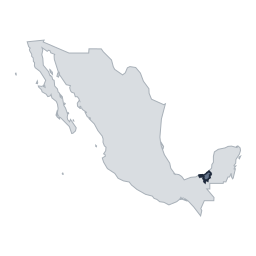 location of Carmen, Campeche, Mexico
{"feature_id": "50627088B86783514296689", "entity_name": "Carmen", "entity_type": "district", "adm_level": 2, "iso_a3": "MEX", "parent_name": "Mexico", "parent_adm1": "Campeche", "projection": "equal_earth", "projection_center": [-91.727, 18.453], "detail": "fine", "context": "in_parent", "style": "filled", "palette": "slate", "viewbox_px": 256, "rotation_deg": 0, "n_neighbors": 0, "source": "geoboundaries", "source_scale": "gbopen_adm2", "svg_char_len": 6086}
<svg xmlns="http://www.w3.org/2000/svg" viewBox="0 0 256 256"><path d="M27.2,41.8L44.1,40.1L43.2,42.0L68.9,53.0L88.7,53.0L89.0,48.8L101.3,48.9L103.3,51.8L111.5,60.0L113.3,66.8L114.7,69.4L122.6,74.9L125.3,72.8L127.4,67.8L129.9,66.6L135.7,67.5L140.4,73.1L143.4,81.2L148.9,88.7L149.1,93.3L151.5,99.2L163.8,104.7L165.4,103.8L161.4,119.0L159.9,137.2L160.4,141.2L163.6,146.5L162.9,149.3L163.1,146.5L160.5,142.0L161.3,146.1L164.4,154.8L169.7,163.1L170.8,168.3L174.6,173.6L173.5,173.5L175.7,174.7L175.0,174.0L178.9,174.6L181.7,176.5L184.2,179.9L190.9,177.3L195.8,176.9L199.1,174.9L202.5,174.5L203.2,175.3L203.0,176.3L205.8,177.0L207.7,175.4L207.2,172.7L206.2,173.3L206.5,172.8L211.6,168.2L211.9,164.5L213.4,162.3L213.4,156.4L214.4,151.9L218.3,149.3L225.1,147.9L228.1,146.4L231.5,146.1L237.0,147.6L237.4,146.7L236.0,146.6L237.9,145.9L240.1,147.9L240.5,150.5L239.4,154.1L235.9,159.5L235.7,163.2L234.0,165.4L234.3,166.2L235.9,165.9L234.2,168.2L234.2,169.1L235.4,168.8L233.2,178.0L232.6,178.8L231.5,176.8L231.2,173.3L229.6,176.9L227.9,177.1L225.9,181.9L223.4,181.8L223.2,183.4L209.8,183.4L209.8,189.0L206.7,188.9L214.0,197.5L213.8,200.7L204.3,200.7L200.8,208.6L201.8,210.6L200.6,215.9L193.7,206.9L188.1,200.9L184.8,198.6L184.4,199.2L187.5,201.2L182.6,199.4L183.0,198.0L181.7,198.6L180.9,197.3L180.0,198.7L181.6,199.3L179.1,199.7L176.7,201.7L168.9,204.9L163.9,202.3L159.7,201.7L156.9,199.4L154.1,198.4L152.3,196.1L145.5,194.3L137.0,189.5L131.5,185.0L129.2,182.0L123.5,180.9L118.1,178.3L114.8,173.4L107.4,168.6L103.6,162.1L102.3,158.0L105.4,156.1L104.9,154.4L103.6,153.9L105.7,150.8L106.0,147.2L104.4,145.9L103.0,142.3L103.1,139.0L102.2,136.1L97.9,130.6L94.3,123.9L88.6,118.2L90.2,119.3L90.4,118.0L87.3,116.8L85.1,112.3L86.8,112.5L82.3,109.4L81.7,107.9L79.9,108.5L79.7,107.8L81.1,106.0L78.8,107.4L77.5,106.1L77.3,103.2L79.1,100.5L79.7,101.0L78.7,98.4L77.3,96.7L75.3,96.7L74.2,93.1L71.8,92.3L70.5,90.8L69.7,87.7L70.4,85.6L66.3,84.7L59.5,74.7L59.2,72.3L58.2,71.6L54.3,59.3L54.1,55.6L54.7,54.4L50.8,52.8L50.0,50.8L48.7,50.2L47.2,51.3L42.0,47.6L42.8,50.0L41.8,54.6L42.8,58.2L43.3,65.2L48.4,71.4L50.0,75.6L50.8,75.4L51.1,76.6L52.0,76.8L52.6,79.5L54.1,80.3L54.7,86.0L57.4,88.9L58.2,92.1L59.4,93.1L60.2,97.0L61.3,97.9L60.8,95.0L62.3,96.7L63.8,105.5L65.5,108.0L67.7,114.4L67.2,117.1L67.6,119.5L69.6,121.8L70.5,119.4L76.2,127.8L75.5,130.9L73.0,133.2L71.7,133.5L69.4,126.6L60.3,117.4L59.5,117.5L57.7,114.6L57.4,112.7L58.1,108.4L57.5,104.3L56.3,101.4L51.9,97.9L51.1,94.4L50.2,95.9L47.8,96.6L46.2,94.2L42.1,91.8L41.5,89.8L38.5,86.9L38.3,85.9L41.6,86.4L43.6,85.6L43.5,86.5L45.1,87.4L44.6,85.1L43.8,85.0L45.7,80.3L40.1,71.5L35.2,67.7L34.4,65.8L34.6,62.6L33.4,61.5L33.2,57.9L31.7,56.3L31.7,54.2L29.7,50.8L29.4,49.2L30.2,48.1L28.7,46.7L27.2,41.8ZM59.2,74.8L58.5,77.1L56.9,76.3L57.8,72.9L58.8,72.6L59.2,74.8ZM52.5,74.4L50.2,72.0L49.8,69.5L50.9,70.3L51.1,71.7L52.3,72.0L52.5,74.4ZM239.4,158.8L238.8,158.1L239.1,157.0L240.6,156.1L239.4,158.8ZM57.6,117.5L56.0,115.1L57.3,110.3L56.8,114.6L57.6,117.5ZM37.5,83.7L36.2,83.4L37.3,80.9L37.7,82.7L37.5,83.7ZM16.3,75.4L15.4,73.8L15.7,73.1L16.0,73.1L16.3,75.4ZM59.1,117.6L60.0,119.4L57.9,117.6L59.1,117.6ZM96.6,146.0L96.4,146.8L95.8,146.5L95.7,145.2L96.6,146.0ZM68.4,112.7L68.8,114.1L67.7,112.3L68.4,112.7ZM64.7,103.1L65.3,103.7L64.3,105.0L64.7,103.1ZM63.3,174.2L62.8,174.4L62.2,173.8L62.8,173.0L63.3,174.2ZM204.9,174.5L203.7,174.9L205.7,174.0L204.9,174.5ZM73.8,121.0L73.2,120.8L73.2,119.4L73.8,121.0Z" fill="#d9dde1" stroke="#a8b0b8" stroke-width="1"/><path d="M211.0,173.3L210.7,173.3L210.3,172.9L210.4,172.6L210.1,172.2L209.9,172.5L209.5,172.0L209.7,171.8L209.5,171.5L209.3,171.8L209.0,171.5L209.0,171.4L208.9,171.4L208.8,171.5L208.6,171.6L208.4,171.7L208.3,171.8L208.3,171.7L208.0,172.0L207.3,172.3L206.8,172.7L206.7,172.8L206.4,173.3L206.0,173.7L205.8,173.8L205.6,174.0L205.0,174.3L204.9,174.4L204.8,174.5L204.6,174.6L204.4,174.7L204.2,174.8L203.9,175.0L203.5,175.0L203.4,175.1L203.4,175.5L203.2,175.4L202.9,175.2L202.8,174.9L202.7,174.7L202.2,174.7L201.4,174.8L201.1,174.8L200.8,174.8L199.8,174.9L199.4,175.0L198.9,175.1L198.9,175.3L198.9,175.5L199.0,175.6L199.2,176.0L199.2,176.3L199.2,176.5L199.3,176.7L199.4,176.8L199.5,176.8L199.6,177.0L199.8,177.2L200.0,176.9L200.0,177.0L200.3,177.0L200.8,177.0L201.0,177.0L200.8,176.6L200.7,176.5L200.8,176.1L201.0,176.2L201.3,176.0L201.3,175.9L201.5,175.9L201.8,175.7L201.8,175.8L201.7,175.9L201.8,176.0L201.7,176.0L201.8,176.1L201.7,176.1L202.1,176.3L202.2,176.2L202.3,176.2L202.2,176.3L202.3,176.4L202.4,176.5L202.5,176.5L202.6,176.4L202.8,176.3L202.9,176.2L203.1,176.2L203.3,176.3L203.4,176.5L203.3,176.4L203.2,176.5L203.3,176.6L203.5,176.6L203.8,176.7L204.0,176.7L204.0,176.8L203.9,176.8L203.7,177.2L203.5,177.4L203.4,177.5L203.5,177.6L203.4,177.7L203.4,177.8L203.3,178.0L203.2,178.3L202.9,178.4L202.9,178.5L203.0,178.7L203.5,178.3L203.6,178.5L203.6,178.9L203.6,179.0L203.7,179.3L203.8,179.4L203.8,179.5L204.0,179.8L204.0,180.5L204.1,180.4L204.0,180.1L204.0,179.9L204.2,179.7L204.2,179.9L204.3,179.9L204.3,180.0L204.1,180.1L204.2,180.3L204.3,180.6L204.3,180.9L204.1,181.0L204.3,181.4L204.5,181.4L204.9,181.3L204.1,181.5L204.4,181.9L204.3,182.2L204.4,182.3L205.0,182.8L205.0,182.7L205.2,182.4L205.1,182.1L205.1,181.9L205.2,181.7L205.1,181.4L205.2,181.2L205.2,180.9L205.2,180.7L205.3,180.5L205.3,180.4L205.5,180.2L205.4,180.0L205.5,180.0L205.8,180.1L205.9,179.9L206.0,179.9L206.0,180.0L205.9,180.0L205.9,180.3L206.0,180.3L206.2,180.5L206.3,180.5L206.5,180.7L206.6,180.8L206.8,180.8L207.0,180.9L207.3,180.9L207.4,180.7L207.5,180.8L207.5,180.5L207.9,180.6L207.8,180.0L207.8,179.9L207.8,179.7L207.7,179.6L208.3,179.3L208.3,179.2L208.3,178.8L208.5,178.7L208.5,178.8L208.6,178.7L208.8,178.5L208.8,178.4L208.9,178.2L209.1,178.2L209.1,177.9L209.2,178.2L209.6,178.2L209.7,177.7L209.6,176.8L209.7,176.3L209.7,176.2L209.7,175.9L209.8,176.0L209.7,176.1L209.8,176.2L209.7,175.8L209.8,175.8L209.8,175.7L209.9,175.8L209.9,175.3L209.8,175.1L210.1,175.1L210.3,175.1L210.3,175.4L210.4,175.1L210.5,174.9L210.8,174.8L211.0,174.8L211.0,174.5L211.2,174.2L210.8,174.0L210.9,173.7L211.0,173.3Z" fill="#64748b" stroke="#1e293b" stroke-width="1.5"/></svg>